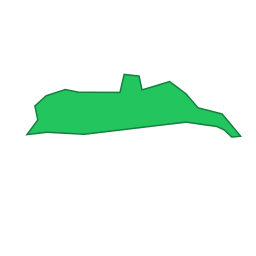 map outline of Rojas (Robinson projection), rotated 142°
{"feature_id": "LVA-5722", "entity_name": "Rojas", "entity_type": "Municipality", "adm_level": 1, "iso_a3": "LVA", "parent_name": "Latvia", "parent_adm1": "", "projection": "robinson", "projection_center": [22.732, 57.524], "detail": "fine", "context": "isolated", "style": "filled", "palette": "green", "viewbox_px": 256, "rotation_deg": 142, "n_neighbors": 0, "source": "natural_earth", "source_scale": "10m", "svg_char_len": 415}
<svg xmlns="http://www.w3.org/2000/svg" viewBox="0 0 256 256"><g transform="rotate(142 128 128)"><path d="M51.8,56.9L53.3,67.1L57.1,74.5L78.8,97.0L166.2,149.9L194.3,174.4L211.7,185.0L194.1,189.9L187.8,202.7L172.6,203.8L153.7,196.9L144.7,186.4L112.4,161.0L98.0,172.6L87.3,162.1L93.5,149.4L66.6,139.0L61.3,119.3L60.4,100.8L45.2,81.1L44.3,52.2L51.8,56.9Z" fill="#22c55e" stroke="#15803d" stroke-width="1.5"/></g></svg>